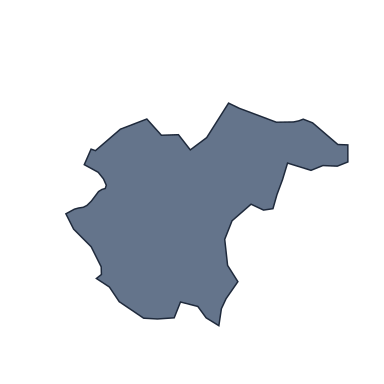 outline of Kandavas, rotated 37°
{"feature_id": "LVA-5765", "entity_name": "Kandavas", "entity_type": "Municipality", "adm_level": 1, "iso_a3": "LVA", "parent_name": "Latvia", "parent_adm1": "", "projection": "orthographic", "projection_center": [22.707, 56.973], "detail": "fine", "context": "isolated", "style": "filled", "palette": "slate", "viewbox_px": 384, "rotation_deg": 37, "n_neighbors": 0, "source": "natural_earth", "source_scale": "10m", "svg_char_len": 885}
<svg xmlns="http://www.w3.org/2000/svg" viewBox="0 0 384 384"><g transform="rotate(37 192 192)"><path d="M89.5,235.0L85.6,218.5L90.0,217.1L97.0,184.9L112.0,160.9L133.4,165.1L146.7,154.4L165.3,159.4L171.0,139.7L167.7,99.0L179.4,96.7L217.4,85.5L230.9,75.0L234.5,70.9L237.0,66.9L246.7,64.2L279.9,66.3L288.1,60.6L298.4,74.2L292.5,83.9L280.6,92.1L274.0,103.1L250.9,111.4L256.9,127.8L261.4,142.9L266.7,156.6L260.0,163.4L246.5,166.2L241.3,190.9L246.6,210.1L264.6,229.2L282.6,236.0L283.4,256.6L285.7,267.5L293.9,282.6L279.0,284.0L265.5,279.9L249.0,286.8L253.5,303.2L240.8,314.2L229.3,321.9L199.9,323.4L183.2,317.6L167.7,318.6L169.3,312.4L164.5,306.4L144.4,296.4L119.8,292.9L104.4,285.3L108.4,276.5L111.0,273.1L114.4,269.6L116.2,265.9L117.1,259.9L117.1,247.9L118.5,244.2L120.6,241.4L119.5,238.2L113.4,234.8L105.2,232.7L89.5,235.0Z" fill="#64748b" stroke="#1e293b" stroke-width="1.5"/></g></svg>